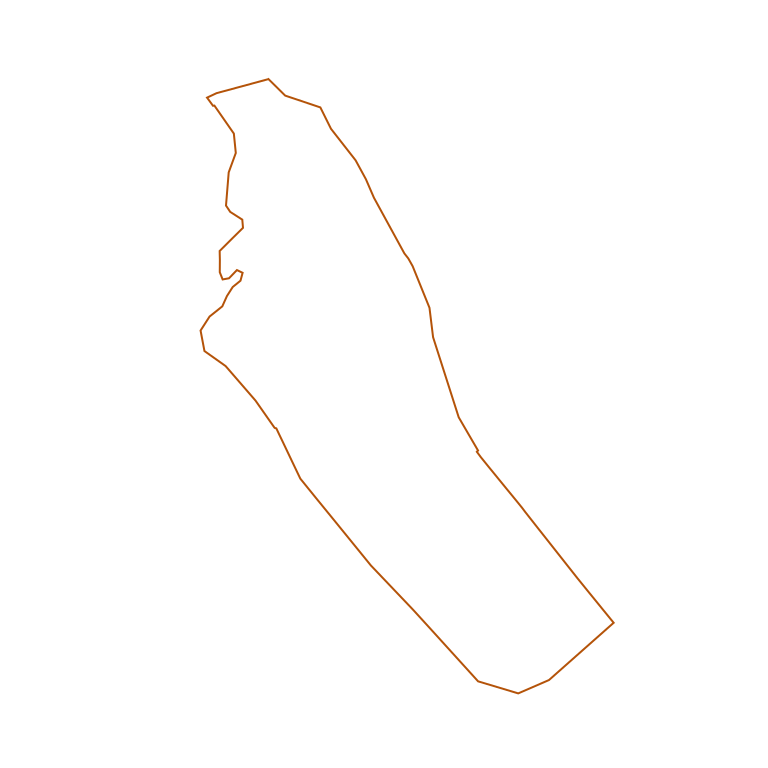 Um Baru, North Darfur, Sudan (Albers equal-area conic projection), rotated 141°
{"feature_id": "16777658B26622342825559", "entity_name": "Um Baru", "entity_type": "district", "adm_level": 2, "iso_a3": "SDN", "parent_name": "Sudan", "parent_adm1": "North Darfur", "projection": "albers", "projection_center": [24.187, 15.315], "detail": "fine", "context": "isolated", "style": "outline", "palette": "amber", "viewbox_px": 768, "rotation_deg": 141, "n_neighbors": 0, "source": "geoboundaries", "source_scale": "gbopen_adm2", "svg_char_len": 1108}
<svg xmlns="http://www.w3.org/2000/svg" viewBox="0 0 768 768"><g transform="rotate(141 384 384)"><path d="M496.4,418.3L495.8,417.6L495.6,417.3L497.3,410.3L498.4,405.6L502.1,390.2L504.3,381.1L508.6,363.1L508.6,349.6L508.6,337.8L508.5,311.7L508.5,311.4L508.4,253.3L508.4,252.2L508.4,251.2L503.5,190.5L502.0,165.1L498.0,93.7L474.4,59.1L442.1,50.1L356.1,53.9L355.8,53.9L355.9,94.7L355.9,111.6L355.1,174.4L354.8,195.5L354.6,200.9L354.6,209.5L354.7,225.9L354.8,252.9L354.8,255.4L354.8,266.2L354.5,272.9L352.8,273.1L349.9,291.8L346.9,311.1L316.4,389.5L300.7,414.6L287.6,457.5L286.1,466.3L286.0,472.6L274.6,535.1L269.2,554.5L265.3,575.7L264.6,615.7L259.4,639.0L279.3,670.3L281.9,693.7L282.0,693.7L331.1,715.4L341.3,717.9L341.8,707.8L340.6,707.1L343.1,673.1L353.8,656.8L371.5,646.2L394.5,622.1L395.2,614.5L390.7,600.9L395.3,594.1L409.6,592.7L428.0,590.8L433.4,583.8L441.3,574.2L443.6,566.8L437.9,563.7L426.6,565.1L423.9,559.4L430.5,554.6L440.5,554.6L450.7,551.2L460.8,546.1L477.1,546.2L492.9,541.0L502.8,522.6L495.8,497.6L494.3,452.0L496.6,419.1L496.4,418.3Z" fill="none" stroke="#b45309" stroke-width="2"/></g></svg>